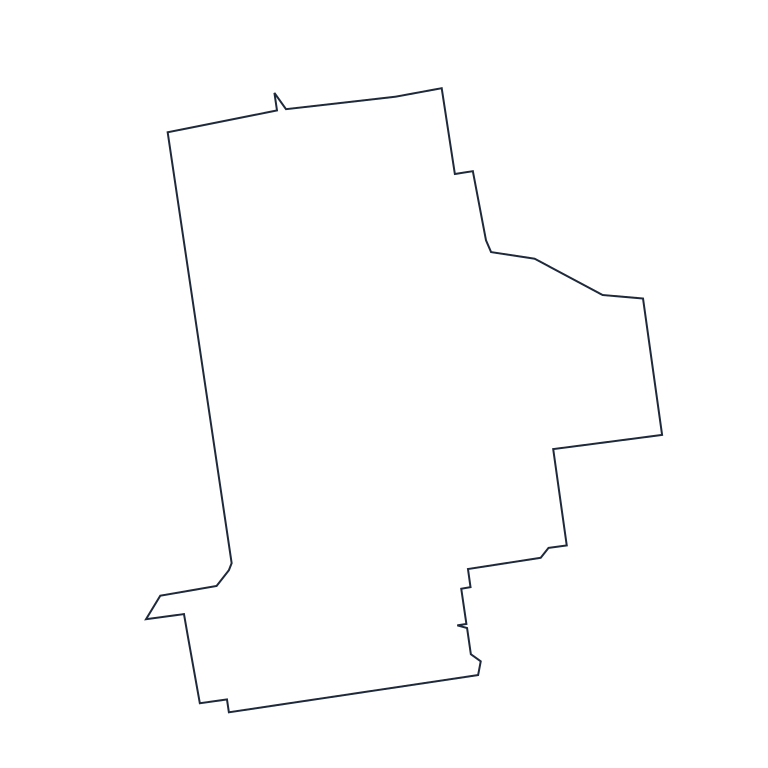 outline of Bullock, Alabama, United States of America, rotated 262°
{"feature_id": "52423323B93681408672805", "entity_name": "Bullock", "entity_type": "district", "adm_level": 2, "iso_a3": "USA", "parent_name": "United States of America", "parent_adm1": "Alabama", "projection": "natural_earth1", "projection_center": [-85.782, 32.093], "detail": "fine", "context": "isolated", "style": "outline", "palette": "slate", "viewbox_px": 768, "rotation_deg": 262, "n_neighbors": 0, "source": "geoboundaries", "source_scale": "gbopen_adm2", "svg_char_len": 628}
<svg xmlns="http://www.w3.org/2000/svg" viewBox="0 0 768 768"><g transform="rotate(262 384 384)"><path d="M162.8,154.6L93.5,157.2L93.5,184.6L80.5,184.7L81.7,322.3L82.7,436.7L95.9,441.2L104.3,432.4L130.8,432.3L134.8,423.0L134.9,432.2L170.5,432.0L170.8,441.4L189.1,441.4L190.1,515.0L198.8,524.1L198.7,542.5L296.0,542.5L294.9,652.3L432.6,652.4L441.7,612.8L487.1,550.6L499.7,508.4L512.1,505.0L582.4,501.6L582.1,483.4L668.9,482.3L666.9,435.5L669.8,325.2L687.5,316.0L669.8,316.1L663.4,204.8L227.8,208.2L221.2,204.5L207.3,190.1L205.5,133.0L184.2,115.6L184.0,153.9L162.8,154.6Z" fill="none" stroke="#1e293b" stroke-width="2"/></g></svg>